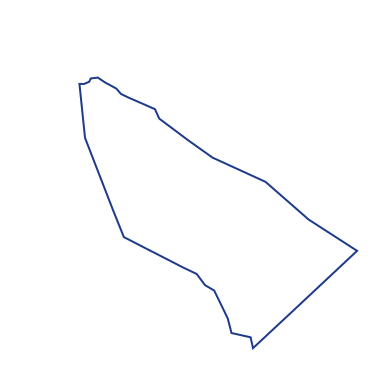 Djigueni, Hodh ech Chargui, Mauritania, rotated 317°
{"feature_id": "47542326B52298833192374", "entity_name": "Djigueni", "entity_type": "district", "adm_level": 2, "iso_a3": "MRT", "parent_name": "Mauritania", "parent_adm1": "Hodh ech Chargui", "projection": "equal_earth", "projection_center": [-8.77, 16.018], "detail": "fine", "context": "isolated", "style": "outline", "palette": "blue", "viewbox_px": 384, "rotation_deg": 317, "n_neighbors": 0, "source": "geoboundaries", "source_scale": "gbopen_adm2", "svg_char_len": 576}
<svg xmlns="http://www.w3.org/2000/svg" viewBox="0 0 384 384"><g transform="rotate(317 192 192)"><path d="M272.6,347.6L258.5,291.7L252.7,234.8L230.5,181.0L224.5,151.8L218.1,116.1L218.7,114.1L221.4,106.2L209.8,79.3L206.9,71.8L207.2,64.8L203.1,52.5L201.2,44.1L195.3,39.9L192.0,41.3L186.8,39.4L183.4,36.2L150.7,79.4L122.0,151.1L111.4,178.5L119.1,199.9L133.8,240.6L139.2,254.4L139.5,255.3L138.0,269.0L141.0,279.2L137.0,292.4L131.9,308.9L124.7,322.1L135.4,337.7L135.3,337.8L135.7,338.4L130.1,347.8L189.5,347.8L272.6,347.6Z" fill="none" stroke="#1e3a8a" stroke-width="2"/></g></svg>